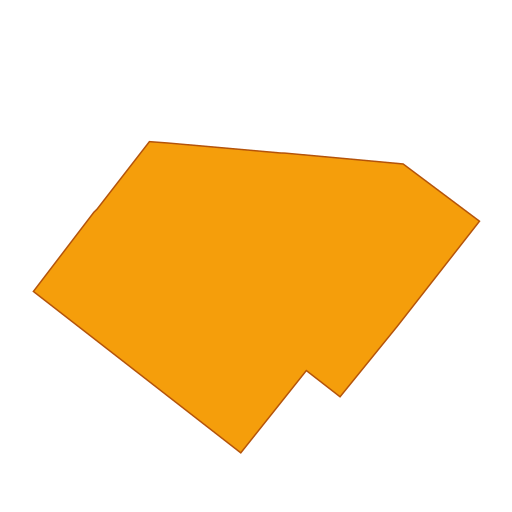 the district of Decatur, Indiana, United States of America, rotated 218°
{"feature_id": "52423323B40737973056540", "entity_name": "Decatur", "entity_type": "district", "adm_level": 2, "iso_a3": "USA", "parent_name": "United States of America", "parent_adm1": "Indiana", "projection": "mercator", "projection_center": [-85.465, 39.292], "detail": "fine", "context": "isolated", "style": "filled", "palette": "amber", "viewbox_px": 512, "rotation_deg": 218, "n_neighbors": 0, "source": "geoboundaries", "source_scale": "gbopen_adm2", "svg_char_len": 348}
<svg xmlns="http://www.w3.org/2000/svg" viewBox="0 0 512 512"><g transform="rotate(218 256 256)"><path d="M410.4,280.5L410.1,195.0L410.7,190.7L409.6,91.0L317.6,91.2L146.8,91.5L145.8,196.7L103.1,196.8L101.4,287.6L101.3,421.0L196.7,419.1L296.7,354.8L300.5,352.0L395.6,290.4L410.4,280.5Z" fill="#f59e0b" stroke="#b45309" stroke-width="1.5"/></g></svg>